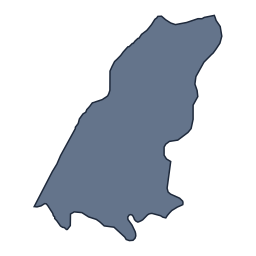 the district of Catarina, San Marcos, Guatemala
{"feature_id": "79465075B50413520272297", "entity_name": "Catarina", "entity_type": "district", "adm_level": 2, "iso_a3": "GTM", "parent_name": "Guatemala", "parent_adm1": "San Marcos", "projection": "robinson", "projection_center": [-92.07, 14.848], "detail": "fine", "context": "isolated", "style": "filled", "palette": "slate", "viewbox_px": 256, "rotation_deg": 0, "n_neighbors": 0, "source": "geoboundaries", "source_scale": "gbopen_adm2", "svg_char_len": 1694}
<svg xmlns="http://www.w3.org/2000/svg" viewBox="0 0 256 256"><path d="M126.2,239.5L129.4,240.6L133.0,240.3L135.0,238.3L135.8,235.9L135.6,233.5L135.1,231.6L132.0,225.1L127.9,219.4L127.8,216.9L129.2,215.0L130.5,214.6L131.9,214.9L133.0,216.1L134.0,218.2L134.5,219.6L136.0,221.2L137.9,222.1L139.7,221.4L141.2,220.7L142.7,219.8L147.4,215.0L148.7,214.1L150.2,213.6L152.0,213.4L160.5,215.7L162.9,217.2L165.8,217.9L167.4,215.4L169.4,213.0L171.8,210.5L177.3,207.1L181.2,205.4L182.8,204.6L183.0,202.8L182.7,201.2L179.6,198.2L170.5,194.1L168.1,192.0L167.1,188.2L170.7,161.5L166.5,159.0L164.1,155.2L164.1,147.1L165.7,144.2L169.4,141.4L177.8,140.1L188.0,132.4L191.1,128.6L193.1,119.3L193.1,105.1L197.8,96.6L197.1,90.5L194.9,84.1L195.9,76.6L203.9,62.2L211.3,54.7L213.1,53.1L215.8,49.4L219.9,43.2L221.8,36.2L220.2,26.5L216.1,20.5L215.1,17.4L214.3,15.4L204.3,17.4L202.0,18.7L197.9,18.7L186.6,22.5L175.4,24.6L170.7,23.0L165.7,19.8L161.5,16.2L157.8,16.4L156.7,18.0L154.9,19.3L151.5,24.7L148.6,28.3L146.7,30.5L141.5,34.4L139.1,38.1L137.8,38.5L135.0,41.1L133.3,43.4L132.4,43.4L129.2,46.6L127.9,46.8L123.4,51.8L120.7,55.5L117.0,59.3L114.6,61.5L112.1,66.4L110.0,71.1L109.9,90.3L108.8,93.6L107.7,95.9L105.9,97.2L102.0,99.7L92.3,102.9L89.7,106.4L86.8,109.6L85.7,112.3L83.0,113.9L79.4,118.9L78.2,123.5L75.4,127.2L75.3,128.7L60.6,155.5L56.9,164.1L52.4,171.5L34.2,206.6L37.0,206.9L41.0,205.9L44.7,203.6L46.4,203.9L47.9,205.8L52.7,213.3L53.4,215.7L54.7,217.0L54.7,218.5L56.7,220.6L60.5,226.0L62.6,227.3L64.4,227.6L66.4,229.5L67.4,229.4L70.3,225.6L70.5,214.0L74.2,211.9L81.9,212.6L88.6,216.9L96.3,219.4L99.6,221.7L104.2,225.9L114.0,227.2L124.7,237.0L126.2,239.5Z" fill="#64748b" stroke="#1e293b" stroke-width="1.5"/></svg>